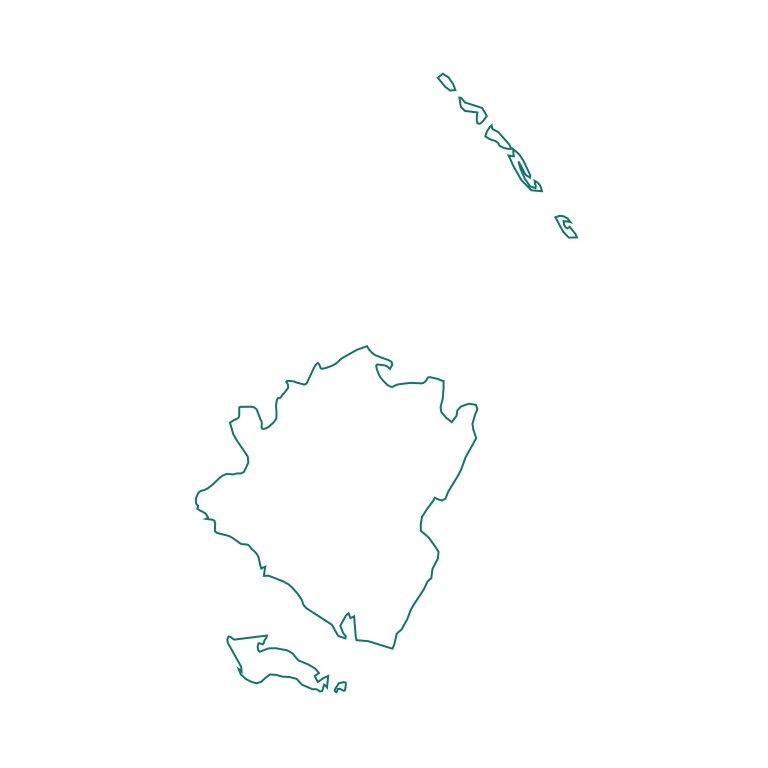 the Province of Ciego de Ávila, rotated 189°
{"feature_id": "CUB-1363", "entity_name": "Ciego de Ávila", "entity_type": "Province", "adm_level": 1, "iso_a3": "CUB", "parent_name": "Cuba", "parent_adm1": "", "projection": "equal_earth", "projection_center": [-78.664, 21.637], "detail": "fine", "context": "isolated", "style": "outline", "palette": "teal", "viewbox_px": 768, "rotation_deg": 189, "n_neighbors": 0, "source": "natural_earth", "source_scale": "10m", "svg_char_len": 4771}
<svg xmlns="http://www.w3.org/2000/svg" viewBox="0 0 768 768"><g transform="rotate(189 384 384)"><path d="M334.2,123.9L359.2,127.5L371.1,126.7L372.4,130.1L377.2,149.9L378.1,149.1L380.5,147.6L383.1,152.0L385.4,149.3L389.3,138.5L386.1,132.8L384.4,130.6L382.3,129.0L382.3,126.7L389.8,128.0L397.9,138.1L425.6,150.4L429.2,153.5L431.4,157.9L436.4,163.2L442.2,168.1L446.7,171.1L452.7,173.3L468.0,176.6L472.7,175.7L472.6,178.0L472.8,182.7L472.7,185.0L475.3,183.4L476.3,182.5L478.0,185.9L480.4,192.4L482.3,195.4L484.5,197.5L489.1,200.5L491.1,202.6L493.0,203.9L495.5,204.0L498.2,203.6L500.6,203.8L509.3,208.2L513.2,209.6L525.8,210.8L528.0,212.2L528.5,215.6L528.8,219.5L530.1,222.4L532.2,223.1L538.7,223.0L537.9,223.5L537.0,224.8L539.7,227.9L542.9,229.4L546.1,230.3L548.8,231.5L548.4,234.5L550.6,236.2L551.1,237.5L551.6,239.3L551.7,241.3L551.5,243.2L550.5,246.9L549.6,248.5L548.2,249.7L544.8,251.2L541.8,253.3L537.3,258.1L531.2,266.2L528.4,268.7L526.2,270.1L523.0,270.9L519.1,271.0L515.0,272.7L513.4,273.0L511.7,273.1L510.0,274.2L508.6,275.2L505.7,285.1L507.2,291.0L508.2,292.2L520.6,305.3L525.0,310.9L530.1,321.7L526.9,324.6L523.3,327.0L522.5,328.0L522.1,328.9L522.1,330.3L523.1,337.2L523.2,338.4L521.8,339.1L511.9,340.7L508.4,340.6L505.8,339.0L501.9,332.3L501.0,330.5L499.5,328.5L498.7,326.8L498.4,325.1L498.3,323.1L498.1,321.9L497.7,321.2L497.0,320.9L495.9,320.8L493.7,321.7L491.1,323.7L487.3,328.4L485.8,331.2L484.9,333.1L485.8,339.5L487.1,345.0L487.3,347.0L487.4,349.7L487.2,351.8L486.8,353.1L486.2,353.6L484.8,353.8L484.0,354.5L482.4,357.7L481.1,359.5L478.1,365.3L478.5,367.7L479.3,369.3L480.4,370.3L480.9,371.0L480.2,371.8L478.4,372.2L473.6,372.5L470.2,371.7L464.3,371.2L462.9,370.8L460.6,372.3L458.1,380.7L455.2,390.7L454.4,392.2L453.0,394.1L452.0,394.1L451.4,393.7L450.8,392.9L450.4,392.0L449.1,390.0L448.5,389.4L447.9,389.2L443.5,390.9L437.7,394.2L434.9,396.4L431.9,399.8L431.1,401.2L429.3,403.1L416.0,413.6L406.7,418.7L404.8,416.3L400.6,412.8L396.7,410.9L383.2,408.3L380.0,407.0L378.8,404.5L380.5,399.8L383.4,401.8L386.6,402.5L393.6,402.3L394.6,400.8L393.3,397.3L390.1,391.8L388.3,389.8L385.7,387.4L380.5,383.6L376.8,382.3L374.9,382.6L373.2,384.0L370.1,385.8L358.3,389.2L346.4,390.6L345.2,391.3L343.7,392.8L342.6,394.7L342.1,396.4L341.3,397.6L339.3,397.9L331.5,397.4L328.4,396.5L325.7,396.3L324.5,389.2L323.7,378.8L324.5,369.8L323.0,365.3L317.4,360.4L311.2,356.9L307.4,363.9L307.4,369.3L304.5,373.8L297.1,377.8L290.0,377.8L287.8,373.8L289.3,367.8L290.4,358.4L288.6,352.9L284.5,345.0L286.4,339.5L291.9,324.6L294.5,311.2L297.1,303.8L300.8,294.8L303.8,287.4L305.3,280.4L308.3,278.0L312.3,278.5L316.0,279.5L317.5,275.5L322.0,267.1L325.7,258.6L325.7,250.7L324.6,244.7L321.2,242.7L315.7,239.3L307.9,231.3L303.9,226.9L303.5,219.9L307.2,209.0L306.9,199.6L310.2,195.6L312.4,187.7L315.7,180.3L319.4,172.3L322.0,165.9L324.3,155.0L326.9,148.1L328.3,144.1L330.6,141.6L332.4,139.1L333.1,128.7L334.2,123.9ZM461.3,102.2L456.4,104.9L449.5,106.1L438.0,105.8L432.2,103.6L425.3,97.6L414.8,95.1L407.5,92.2L403.0,88.4L406.7,84.7L402.8,79.3L397.6,84.2L393.5,86.9L392.8,75.4L393.7,76.3L396.1,77.7L397.0,71.0L399.3,70.3L402.0,71.8L404.0,71.9L406.7,71.3L418.0,74.2L424.2,79.1L431.3,79.8L438.5,79.1L444.9,79.8L451.1,79.3L455.1,75.3L458.6,70.7L463.1,68.4L468.9,69.2L474.9,71.3L480.1,74.9L483.0,79.8L482.1,79.3L479.7,77.7L480.8,82.3L497.8,104.0L498.8,107.0L498.0,110.3L496.2,110.3L493.9,108.9L491.9,108.1L460.4,117.2L460.4,115.1L460.9,114.1L461.5,113.2L462.0,111.8L462.3,109.2L463.0,107.9L464.7,108.1L466.4,108.5L467.5,108.1L467.7,104.9L466.8,101.6L464.7,100.1L461.3,102.2ZM296.6,629.2L295.3,629.1L291.3,629.2L292.1,631.2L293.1,636.2L285.9,631.6L281.0,626.0L272.2,613.1L272.2,610.6L276.7,612.7L279.9,616.6L282.8,621.0L286.1,624.8L282.8,617.9L277.2,609.0L270.7,602.1L265.1,601.2L265.1,603.7L266.0,605.0L266.2,605.6L266.4,606.5L267.0,608.2L264.1,607.1L261.6,605.3L259.6,602.6L258.2,599.1L268.9,598.4L280.3,607.0L290.1,619.2L296.6,629.2ZM334.2,666.8L346.8,666.4L351.4,669.7L354.3,678.7L352.4,678.7L348.1,674.7L330.2,672.0L324.4,664.7L327.5,658.8L330.0,656.0L332.5,656.2L333.6,658.9L334.1,662.4L334.2,666.8ZM308.9,639.9L311.9,641.4L317.9,642.3L322.7,644.4L321.9,649.4L319.7,654.3L318.1,656.2L317.4,654.0L316.6,652.7L310.5,650.7L297.7,640.1L295.0,636.2L298.2,635.6L302.9,636.0L307.1,637.4L308.9,639.9ZM216.3,559.0L224.4,557.5L230.8,562.4L240.8,575.5L236.9,577.6L232.6,577.7L228.6,576.2L225.1,573.0L226.9,573.2L232.1,573.0L231.0,569.3L229.1,567.0L227.0,566.5L225.2,568.3L218.5,562.2L216.3,559.0ZM359.5,685.5L364.5,684.2L369.9,687.0L378.8,694.9L374.4,699.6L368.2,696.9L362.5,690.9L359.5,685.5ZM382.3,73.0L382.9,72.1L384.7,73.2L384.5,75.3L382.7,79.1L382.0,81.2L377.4,83.2L375.1,83.1L374.6,80.9L374.6,75.3L376.1,74.7L379.6,76.0L382.0,75.6L382.3,73.0Z" fill="none" stroke="#0f766e" stroke-width="2"/></g></svg>